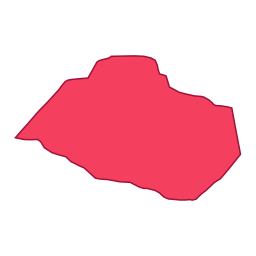 outline of Sirba, Western Darfur, Sudan
{"feature_id": "16777658B17269795285399", "entity_name": "Sirba", "entity_type": "district", "adm_level": 2, "iso_a3": "SDN", "parent_name": "Sudan", "parent_adm1": "Western Darfur", "projection": "mercator", "projection_center": [22.421, 13.82], "detail": "fine", "context": "isolated", "style": "filled", "palette": "rose", "viewbox_px": 256, "rotation_deg": 0, "n_neighbors": 0, "source": "geoboundaries", "source_scale": "gbopen_adm2", "svg_char_len": 1226}
<svg xmlns="http://www.w3.org/2000/svg" viewBox="0 0 256 256"><path d="M180.3,200.0L185.2,200.0L189.9,199.6L192.2,200.1L196.0,199.2L201.5,193.8L203.1,192.6L205.7,190.7L214.7,182.2L220.5,178.7L229.6,167.9L240.5,154.3L237.2,137.1L234.4,122.2L231.8,108.0L227.0,106.8L224.4,106.4L222.0,106.0L218.7,105.7L215.9,105.6L213.8,104.6L211.9,102.5L208.6,99.7L207.6,99.2L203.9,97.1L200.7,96.4L194.4,95.9L185.9,94.0L179.5,92.4L169.4,87.0L166.1,76.0L163.4,75.0L159.5,73.9L158.2,69.8L157.3,65.3L155.2,60.3L150.8,57.9L143.9,56.3L135.0,55.9L126.5,56.0L112.6,56.3L111.3,56.3L109.6,57.7L108.7,58.0L107.6,58.4L103.6,59.4L99.8,60.4L99.0,60.8L97.7,61.6L97.1,61.9L96.3,63.2L95.6,64.5L95.3,65.0L88.0,78.0L79.9,78.7L72.4,79.4L68.6,80.0L66.7,80.7L65.1,81.8L63.6,83.4L62.5,84.9L61.0,86.7L60.2,88.0L57.8,90.9L47.3,102.4L44.2,105.6L42.5,107.3L40.4,109.4L38.9,111.0L37.0,113.1L29.0,122.3L21.7,130.5L15.4,137.7L16.1,137.9L24.1,139.5L30.0,139.7L37.6,139.5L40.7,141.7L44.4,147.8L52.0,152.7L58.7,154.8L66.0,156.8L70.8,161.5L80.2,166.2L84.0,167.8L95.4,178.2L100.1,179.0L108.0,179.6L119.9,181.8L130.0,182.3L139.2,187.0L143.6,188.4L147.6,188.5L155.0,190.4L159.4,192.8L163.8,196.9L168.3,198.9L180.3,200.0Z" fill="#f43f5e" stroke="#9f1239" stroke-width="1.5"/></svg>